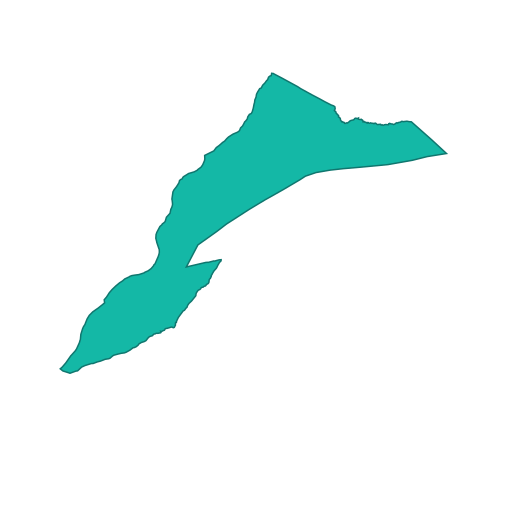 outline of Bomongo, Équateur, Democratic Republic of the Congo, rotated 27°
{"feature_id": "63176286B36806520086654", "entity_name": "Bomongo", "entity_type": "district", "adm_level": 2, "iso_a3": "COD", "parent_name": "Democratic Republic of the Congo", "parent_adm1": "Équateur", "projection": "albers", "projection_center": [18.302, 0.781], "detail": "fine", "context": "isolated", "style": "filled", "palette": "teal", "viewbox_px": 512, "rotation_deg": 27, "n_neighbors": 0, "source": "geoboundaries", "source_scale": "gbopen_adm2", "svg_char_len": 4774}
<svg xmlns="http://www.w3.org/2000/svg" viewBox="0 0 512 512"><g transform="rotate(27 256 256)"><path d="M189.1,392.9L190.4,391.3L191.4,389.1L191.6,387.5L193.2,385.0L195.1,383.2L195.9,382.1L196.4,381.3L197.0,378.1L197.7,376.2L200.0,373.9L200.1,372.8L200.6,371.8L201.5,371.2L201.7,370.8L202.0,370.4L202.6,369.9L203.6,369.5L205.4,368.1L205.8,367.8L206.0,367.4L205.3,366.5L205.9,366.5L207.0,364.8L208.0,363.8L208.2,363.0L208.1,362.2L208.5,361.6L209.8,360.7L212.8,357.8L213.5,357.5L214.8,357.5L215.6,356.7L215.6,354.1L215.1,353.3L214.6,352.0L214.7,351.7L214.8,351.5L214.8,351.4L215.2,351.3L214.9,350.4L214.8,349.8L214.7,346.0L216.0,338.1L216.9,336.8L217.3,334.3L217.8,333.0L217.7,332.5L217.5,331.0L217.8,328.7L219.0,325.4L220.4,318.8L220.3,318.4L219.7,316.8L219.6,315.4L219.7,315.2L219.8,314.2L220.0,313.0L220.3,312.3L221.1,311.5L221.5,310.4L221.6,309.0L222.0,308.5L223.0,307.8L223.5,306.5L224.6,305.6L224.9,303.7L225.8,302.4L226.0,301.5L225.9,300.5L225.6,299.8L225.1,298.4L225.1,298.0L225.1,297.7L225.5,296.6L225.3,295.5L225.5,294.9L225.0,293.6L225.2,292.5L225.1,291.7L225.3,288.7L225.5,287.7L226.2,285.1L226.3,283.8L226.2,281.8L226.4,278.0L227.0,276.8L226.9,275.7L226.6,275.1L225.5,275.8L225.1,276.0L222.8,278.0L222.2,278.6L221.6,279.2L220.6,279.6L216.3,283.4L215.7,283.6L214.2,284.5L198.9,297.4L199.2,272.5L209.9,252.0L215.2,240.9L228.7,217.7L238.4,202.1L249.9,184.8L260.6,168.0L263.8,162.4L271.6,154.4L283.1,145.8L294.2,138.5L302.1,133.6L309.3,129.1L325.4,118.9L332.0,114.7L351.8,99.8L363.4,89.7L369.6,85.2L379.2,78.2L360.1,72.8L333.5,65.9L331.4,66.8L329.8,67.2L329.1,67.5L326.1,69.5L324.9,69.7L324.4,70.2L323.9,71.3L322.7,72.0L321.7,73.3L321.0,73.3L320.1,74.5L319.8,75.5L318.9,76.4L317.4,76.5L316.4,77.0L314.9,77.1L314.2,77.9L314.5,78.7L314.3,79.0L311.8,80.0L310.8,80.8L309.9,81.9L308.8,81.8L308.3,82.4L307.5,82.4L307.2,82.1L305.8,82.9L304.9,83.6L304.3,83.8L303.4,83.7L302.6,83.4L302.1,83.4L301.3,84.0L301.3,84.3L300.9,84.6L299.9,84.6L299.2,85.1L298.9,85.2L297.7,85.3L297.0,86.2L296.2,86.4L295.6,86.1L295.2,86.4L295.0,87.0L294.5,87.1L294.2,86.7L293.7,87.1L292.3,87.1L292.0,87.4L291.1,87.1L290.6,87.8L290.1,87.1L289.7,87.1L289.1,86.5L288.4,86.7L288.0,86.5L287.6,86.4L287.3,86.9L286.6,87.2L285.1,87.6L284.8,87.4L284.6,86.6L283.7,87.7L282.4,87.8L281.6,88.6L281.3,90.1L281.0,90.5L279.0,92.2L278.8,92.6L278.5,92.8L278.0,94.2L277.1,96.0L276.3,96.2L275.6,97.0L275.4,97.3L274.7,97.6L274.0,97.0L273.4,97.0L272.8,97.3L272.0,97.1L271.7,97.5L269.7,96.6L269.0,95.6L268.9,95.5L268.4,95.0L266.9,94.6L266.4,94.7L265.9,93.5L265.4,93.2L264.2,93.0L263.5,92.5L262.7,92.4L261.4,91.1L260.0,91.0L259.7,90.6L259.8,89.7L259.6,88.7L258.5,87.2L258.1,87.1L256.7,87.0L254.5,87.3L251.2,87.3L247.3,87.3L241.4,87.1L232.5,87.0L219.8,86.6L216.3,86.2L198.1,85.7L189.4,85.6L188.6,85.5L188.4,85.6L187.0,86.1L187.7,88.4L186.8,89.2L186.0,90.9L186.3,93.6L185.8,95.0L185.4,97.7L184.4,100.8L184.4,103.9L183.3,105.2L183.0,109.2L183.0,111.6L183.9,114.4L184.1,117.1L184.1,117.4L185.1,120.2L185.3,121.5L186.5,125.7L187.2,129.4L187.1,131.2L185.8,132.8L185.5,135.7L186.0,138.0L185.5,140.4L185.0,141.8L185.1,143.2L185.0,146.3L184.1,148.9L184.4,151.6L184.1,152.6L183.3,154.1L180.2,157.8L178.9,160.0L178.2,161.2L177.5,162.4L176.7,164.6L176.4,165.8L175.9,167.8L175.2,169.2L174.8,169.7L173.0,174.3L171.4,177.4L170.9,180.3L170.7,181.5L164.6,189.7L166.3,192.7L166.8,194.3L167.0,197.2L167.1,198.9L166.8,201.3L166.6,202.0L164.9,205.4L164.8,206.1L162.8,209.0L158.3,213.3L158.0,214.0L155.6,217.9L155.2,218.8L155.1,221.0L154.2,222.0L153.6,223.5L154.1,225.6L153.9,228.3L153.6,230.9L152.9,234.2L152.9,236.6L155.2,243.4L156.2,244.7L157.7,247.0L158.3,248.1L158.7,249.7L158.9,251.2L158.9,253.0L160.0,257.0L158.6,262.1L159.4,266.6L158.6,268.8L158.0,269.7L157.9,271.1L157.0,273.3L156.9,280.0L157.3,282.6L157.6,283.1L158.7,285.7L160.8,288.1L161.4,288.9L165.9,293.3L166.9,294.2L168.2,296.6L168.4,297.3L168.7,298.3L169.1,300.7L169.6,308.9L169.1,310.0L169.1,311.5L168.3,314.8L166.6,318.2L164.3,321.0L163.9,321.9L160.0,325.8L156.9,327.9L154.3,329.8L152.9,331.3L152.6,332.0L149.5,336.0L148.4,338.8L146.8,341.5L146.5,342.1L144.7,346.3L143.0,351.2L142.0,355.2L141.6,359.1L141.6,359.3L141.4,360.7L140.6,363.9L142.4,366.5L139.0,374.1L137.9,376.1L135.9,379.9L134.4,384.6L134.1,388.7L134.5,393.2L134.7,394.6L134.4,397.1L134.5,399.4L135.5,405.3L137.3,409.8L137.5,410.5L137.6,411.5L138.0,413.5L138.3,420.3L138.0,422.7L136.6,428.0L136.3,428.9L135.1,437.5L133.8,442.9L132.8,445.4L136.1,446.1L142.1,445.1L143.5,444.9L147.7,440.4L149.2,439.3L151.1,434.1L153.3,431.3L153.6,431.0L158.1,426.6L159.7,425.7L162.7,422.4L164.9,420.5L166.1,419.2L168.5,416.5L171.4,414.4L172.3,413.4L173.6,410.2L174.3,409.0L177.6,406.0L180.2,403.8L182.1,402.5L182.7,402.1L184.0,400.7L186.5,397.0L188.1,393.6L189.1,392.9Z" fill="#14b8a6" stroke="#0f766e" stroke-width="1.5"/></g></svg>